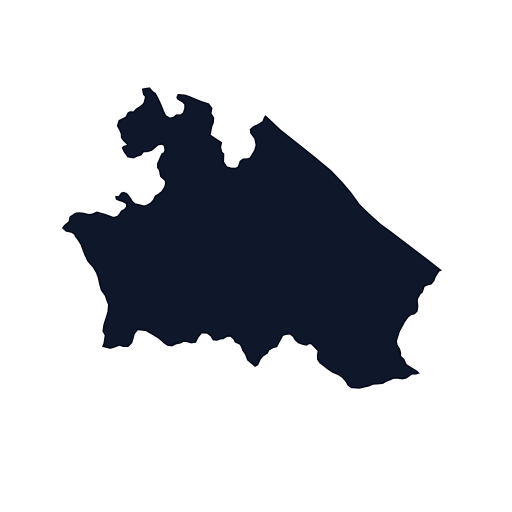 Rehovot, HaMerkaz, Israel (Robinson projection), rotated 109°
{"feature_id": "584046B25822139954764", "entity_name": "Rehovot", "entity_type": "district", "adm_level": 2, "iso_a3": "ISR", "parent_name": "Israel", "parent_adm1": "HaMerkaz", "projection": "robinson", "projection_center": [34.769, 31.885], "detail": "fine", "context": "isolated", "style": "filled", "palette": "ink", "viewbox_px": 512, "rotation_deg": 109, "n_neighbors": 0, "source": "geoboundaries", "source_scale": "gbopen_adm2", "svg_char_len": 3693}
<svg xmlns="http://www.w3.org/2000/svg" viewBox="0 0 512 512"><g transform="rotate(109 256 256)"><path d="M391.2,371.2L390.5,363.8L388.1,360.4L384.6,356.2L384.6,352.4L383.1,347.7L378.6,345.5L374.1,345.6L369.2,346.0L364.0,344.1L362.1,335.8L363.5,328.5L365.2,321.0L366.7,317.2L367.8,315.0L369.0,310.3L368.1,306.3L365.0,303.2L362.4,298.9L360.2,297.1L359.2,293.3L359.0,289.0L357.1,285.3L351.6,284.5L346.3,282.7L344.6,277.0L346.1,272.5L349.0,269.1L348.2,265.6L345.8,262.8L344.7,260.2L341.3,257.5L339.9,253.8L341.6,249.8L343.9,247.6L344.4,242.4L345.9,240.5L349.5,237.5L352.1,233.9L356.9,229.9L358.6,225.6L358.8,224.7L360.4,221.1L358.3,219.2L351.8,218.5L348.3,217.1L343.9,213.8L340.8,213.5L337.0,210.2L334.9,207.1L330.3,206.4L322.2,205.0L320.3,202.4L318.4,198.4L320.0,194.2L322.4,191.5L324.1,187.5L324.1,183.2L323.6,179.2L321.7,177.8L320.7,175.4L322.9,170.7L325.3,166.2L330.1,165.3L333.5,164.0L336.0,160.8L337.5,156.3L339.2,151.5L340.8,145.4L341.1,140.2L342.3,134.9L345.4,129.7L348.1,126.6L349.2,122.9L347.1,115.3L343.8,110.1L342.1,107.2L338.9,103.7L336.5,98.0L334.9,94.7L332.2,92.5L329.2,89.0L326.7,86.3L325.3,82.6L324.3,77.6L322.2,74.3L316.7,70.3L315.3,66.5L313.8,64.3L312.7,66.5L311.4,72.5L310.0,78.5L308.2,80.5L305.6,82.7L303.9,86.8L300.2,88.1L297.1,90.4L294.0,94.1L290.6,95.8L285.5,96.0L280.5,96.1L272.9,94.8L270.2,94.4L264.3,92.7L260.7,90.3L259.0,87.6L255.7,85.9L251.0,86.8L247.1,88.6L244.2,89.7L238.2,88.6L235.9,87.2L229.9,87.3L227.3,84.5L225.4,81.5L221.6,80.0L218.1,80.0L210.7,78.4L209.4,76.9L204.5,91.0L198.6,108.9L189.8,135.5L185.5,149.3L179.6,163.1L174.0,175.0L165.6,186.9L158.7,198.5L151.2,213.0L142.8,235.2L129.1,274.1L121.4,291.1L120.8,292.6L123.3,293.0L126.7,293.0L131.8,297.2L134.0,299.8L138.2,302.4L141.4,300.8L145.2,295.2L151.0,291.8L156.5,291.4L165.3,293.4L166.9,295.2L168.7,299.6L171.5,301.6L177.5,301.6L179.8,303.6L181.2,307.7L181.4,312.7L177.8,317.5L170.1,319.9L169.1,322.3L164.9,325.1L160.1,325.7L158.5,332.2L156.7,339.0L147.8,340.2L143.6,340.0L139.2,341.2L136.0,345.2L130.8,346.0L127.8,350.4L128.0,357.3L127.8,362.1L127.2,370.5L127.2,375.3L128.8,382.0L131.8,382.2L133.0,380.8L134.0,375.6L135.6,372.5L139.8,371.1L144.6,371.1L147.4,373.1L148.6,377.0L151.9,379.0L153.9,382.4L152.9,387.2L149.5,390.6L145.0,394.4L139.4,399.7L135.2,404.3L134.4,407.3L132.0,411.5L135.2,417.4L139.6,414.9L141.2,412.1L147.0,411.5L149.5,412.1L152.9,414.3L156.1,416.9L159.7,418.4L160.9,422.0L162.5,423.4L167.1,424.0L169.1,426.0L172.6,429.4L178.0,429.2L181.0,425.8L184.2,423.0L187.8,421.6L190.0,418.4L191.3,415.5L192.3,413.6L193.9,413.9L195.3,416.4L197.2,417.3L199.9,414.8L201.6,412.5L203.8,409.4L202.9,403.8L200.5,401.5L197.8,397.8L193.9,396.5L192.6,393.0L190.0,389.3L186.0,386.9L182.5,384.8L180.7,381.1L181.4,378.5L185.5,376.3L188.3,376.3L190.3,378.1L195.8,378.5L200.8,378.9L204.5,377.5L206.4,374.9L208.7,373.7L211.7,371.9L212.9,369.1L213.9,366.4L216.7,364.9L220.5,364.6L225.9,365.9L230.0,368.6L232.0,370.5L236.2,370.9L240.3,372.6L243.3,375.2L245.4,378.0L245.8,383.4L246.3,387.4L245.0,390.7L242.8,393.2L240.2,396.9L239.3,398.8L239.1,401.7L240.4,403.6L244.9,404.9L245.5,407.6L247.5,406.5L247.8,404.2L247.7,399.7L248.4,395.6L251.4,394.1L254.6,395.2L257.5,397.7L261.1,398.6L263.9,399.7L266.2,403.3L266.0,412.8L266.5,420.7L270.2,424.7L271.5,428.0L272.0,433.3L272.8,436.6L273.6,439.0L275.1,441.0L279.8,444.4L284.3,443.7L289.6,446.8L292.3,447.7L294.1,443.5L293.4,438.2L294.2,434.8L296.4,432.5L297.9,430.2L301.6,425.4L306.1,421.7L310.5,418.0L315.1,413.6L317.0,410.5L319.2,406.4L323.5,401.3L327.5,398.1L328.0,397.7L333.2,394.6L338.4,391.0L342.4,385.4L347.2,381.8L349.7,379.4L356.9,377.6L370.7,377.2L376.8,376.0L380.0,372.5L388.0,371.1L391.2,371.2Z" fill="#0f172a" stroke="#020617" stroke-width="1.5"/></g></svg>